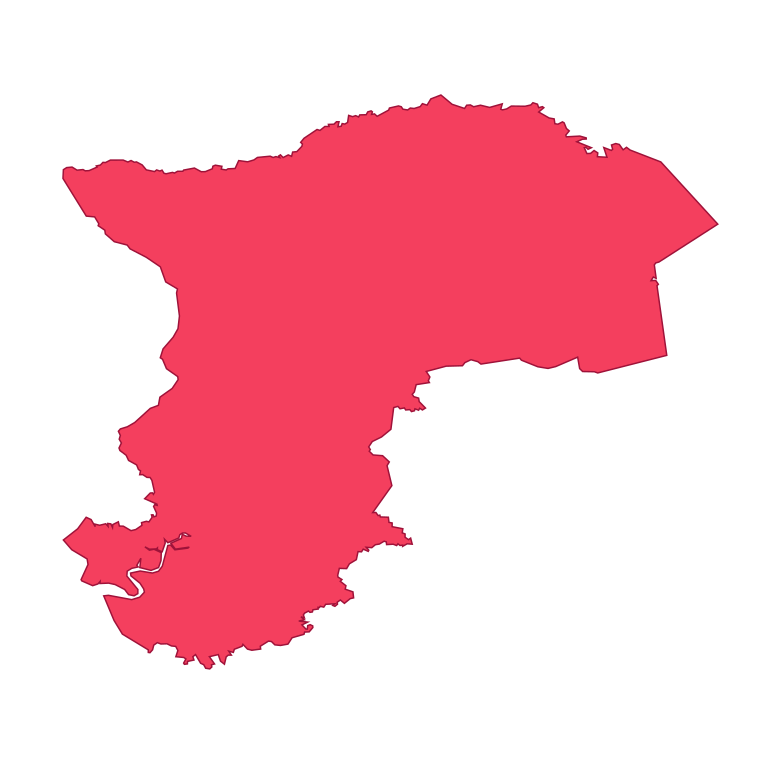 outline of Capira, Panama, rotated 92°
{"feature_id": "35544464B53871457264549", "entity_name": "Capira", "entity_type": "district", "adm_level": 2, "iso_a3": "PAN", "parent_name": "Panama", "parent_adm1": "", "projection": "equal_earth", "projection_center": [-79.949, 8.817], "detail": "fine", "context": "isolated", "style": "filled", "palette": "rose", "viewbox_px": 768, "rotation_deg": 92, "n_neighbors": 0, "source": "geoboundaries", "source_scale": "gbopen_adm2", "svg_char_len": 6164}
<svg xmlns="http://www.w3.org/2000/svg" viewBox="0 0 768 768"><g transform="rotate(92 384 384)"><path d="M189.8,712.0L226.6,687.4L227.1,679.0L233.8,674.6L235.8,675.2L240.0,668.4L243.7,667.7L251.2,658.5L254.1,645.5L257.8,642.5L265.6,626.1L274.7,611.6L289.6,605.7L296.2,593.7L300.3,594.5L323.2,590.8L335.9,591.8L344.7,596.4L356.6,606.0L365.6,608.5L367.0,606.2L376.3,601.9L383.8,590.4L386.8,589.9L395.8,595.5L405.0,607.5L413.2,608.7L416.5,616.7L431.2,631.8L435.7,639.0L438.1,645.9L440.5,647.8L444.6,645.7L448.4,646.7L452.1,644.4L457.2,646.6L459.7,645.6L464.2,639.2L469.3,636.6L473.5,628.4L478.0,626.4L479.3,624.3L483.2,625.0L483.0,621.9L485.6,617.6L485.6,614.5L488.4,612.6L500.2,609.5L502.3,610.6L500.9,611.6L501.1,613.8L507.0,619.2L512.0,606.7L513.2,606.4L512.7,609.0L514.4,610.0L520.9,606.8L523.8,607.0L524.8,609.3L522.8,610.2L522.9,611.8L525.3,611.1L530.0,614.1L529.5,616.7L531.0,621.5L533.7,621.0L538.1,627.0L539.4,631.7L535.2,639.5L535.2,643.5L531.0,644.7L533.9,650.1L536.9,650.3L533.3,652.1L533.0,655.2L535.9,654.8L533.4,657.2L535.1,663.3L534.1,668.1L536.7,667.6L529.7,672.0L527.6,677.0L539.4,685.1L551.1,699.0L560.5,690.3L569.2,674.6L574.7,673.5L590.1,679.9L591.3,679.2L595.7,668.1L593.8,662.9L591.2,660.8L593.3,660.9L592.6,652.3L593.8,645.7L598.4,636.0L603.4,631.9L604.4,626.4L602.1,622.7L598.0,622.8L584.9,634.3L580.0,634.1L577.0,629.6L575.4,623.3L573.8,624.7L566.6,620.9L576.0,621.6L578.4,610.3L575.3,602.9L568.2,600.7L560.3,600.7L557.2,608.1L558.3,612.6L555.1,617.3L557.3,612.5L556.7,605.7L555.7,604.7L557.5,604.7L559.4,599.8L550.5,597.1L546.8,597.9L550.2,594.5L545.0,583.7L541.7,582.8L540.0,580.3L539.8,577.3L542.9,571.4L543.0,576.3L541.3,580.3L545.5,581.1L550.6,591.5L556.3,586.7L553.8,572.9L554.9,574.4L557.0,587.2L552.4,591.7L552.9,594.4L573.8,599.2L579.0,602.8L581.0,608.8L579.4,621.1L581.8,630.7L584.6,630.2L591.6,620.9L597.2,617.0L600.4,616.2L605.6,620.7L608.3,628.6L604.8,652.0L605.5,656.7L629.8,645.5L643.1,636.7L657.9,610.3L660.5,610.2L660.7,608.5L657.7,606.0L653.0,605.0L650.4,601.5L651.6,597.9L651.2,591.8L653.2,587.3L653.5,583.0L657.5,580.7L663.8,582.5L664.3,574.5L665.7,572.4L669.9,574.5L671.1,573.7L670.6,570.7L668.1,570.7L666.5,564.3L663.2,565.5L661.0,562.9L669.5,557.5L670.8,554.4L674.3,552.3L674.8,548.2L672.8,546.2L670.6,546.6L669.7,543.6L662.6,549.0L660.2,540.2L666.7,537.7L669.6,533.7L662.2,532.2L660.4,530.2L660.3,527.1L656.4,529.8L657.5,525.2L654.3,524.3L651.1,516.7L649.1,515.9L653.7,511.2L654.7,506.8L653.2,498.0L650.4,498.5L645.0,490.5L645.3,487.5L648.5,484.0L648.9,478.3L647.3,470.9L640.8,467.0L636.9,455.2L634.7,454.7L634.3,450.1L629.9,446.6L628.2,446.8L627.1,449.4L628.1,451.8L631.6,452.1L631.7,453.4L627.6,457.6L624.6,451.9L623.9,460.9L622.4,455.3L619.6,458.9L620.5,455.4L617.6,456.5L615.8,455.4L613.6,451.6L614.8,450.0L614.3,447.6L612.1,447.1L611.2,441.9L609.5,442.1L609.7,440.7L608.4,440.0L609.1,436.4L606.2,434.6L605.4,425.6L607.1,427.5L607.9,425.3L605.7,422.8L603.8,423.2L601.4,420.1L604.6,415.9L599.7,410.3L598.8,406.9L592.8,407.8L590.4,415.6L586.9,415.0L582.7,420.8L580.9,419.2L578.6,423.2L576.9,423.6L569.8,422.2L569.8,414.9L564.9,412.3L560.5,405.5L552.4,404.1L552.5,400.6L549.8,399.0L551.8,393.9L550.6,393.4L547.8,396.1L548.0,390.5L544.9,387.0L544.1,383.0L541.1,378.4L541.7,376.2L544.4,375.8L543.8,369.3L545.0,365.7L543.2,364.5L544.8,362.4L544.4,359.7L545.6,359.7L542.9,355.3L543.1,350.2L537.1,352.0L538.7,354.1L536.4,357.6L533.1,357.7L532.1,360.6L528.0,360.1L526.3,370.9L522.6,371.0L522.1,374.2L517.0,375.0L517.0,383.0L515.2,383.6L515.7,385.3L512.7,387.6L512.9,390.8L485.3,372.6L465.5,378.1L461.7,376.0L455.7,382.9L455.3,392.4L451.7,396.4L450.0,395.4L447.4,397.1L441.9,393.7L437.0,384.6L429.0,375.5L407.2,373.5L405.9,369.3L408.2,367.1L407.2,362.8L409.2,361.4L408.7,357.3L410.6,355.6L409.7,352.6L407.7,352.2L409.0,348.5L407.0,347.5L408.6,344.7L406.6,341.7L400.4,348.2L396.9,348.9L395.6,353.8L393.3,355.4L390.9,353.4L383.5,351.8L381.0,338.7L379.2,339.8L375.4,338.4L370.0,342.2L364.0,322.5L363.0,306.2L359.8,303.9L356.7,297.9L358.4,291.0L360.7,287.8L353.4,249.3L355.4,247.5L361.4,230.9L362.7,220.6L360.6,213.0L350.4,191.4L361.8,189.0L364.6,185.9L364.4,174.2L365.5,170.8L345.5,102.4L276.2,114.6L274.8,113.3L271.0,116.1L271.4,120.7L267.7,118.6L268.9,115.7L255.5,118.0L253.5,116.6L252.5,113.5L212.6,56.0L152.4,115.1L141.6,146.2L139.0,149.9L141.6,153.2L136.4,157.2L135.6,160.8L137.2,165.0L141.4,163.7L142.6,164.9L140.0,172.6L149.6,169.1L149.4,178.7L145.6,178.4L143.3,182.2L146.3,185.6L146.6,189.3L140.8,192.1L140.3,190.5L142.3,188.3L140.6,185.0L135.2,199.8L132.5,194.4L132.1,190.4L131.0,190.5L129.4,196.9L130.6,210.4L128.9,211.0L124.6,207.7L122.3,210.6L116.7,213.1L115.8,214.8L118.3,219.2L117.9,222.3L113.1,223.2L112.4,228.2L106.8,238.9L102.3,233.9L101.3,235.3L102.4,239.1L99.0,240.4L97.7,245.0L100.0,247.0L101.5,252.7L101.8,266.5L104.8,271.0L105.9,275.2L105.3,276.9L99.9,275.6L103.9,288.1L102.0,297.3L103.8,304.1L102.1,307.4L102.5,311.1L105.8,313.1L102.1,325.7L93.2,337.2L97.4,347.1L103.8,350.7L102.5,355.4L105.5,357.5L107.6,363.5L107.3,367.4L109.3,369.9L108.7,374.7L106.3,376.4L105.6,379.2L108.0,388.2L110.1,388.9L116.7,400.2L114.4,402.9L115.0,405.8L112.4,405.1L111.5,406.4L112.6,409.7L115.5,411.2L115.9,417.6L118.0,418.7L116.8,421.7L117.9,424.7L116.8,428.7L123.9,429.5L125.6,432.3L125.2,434.9L127.9,435.8L128.5,439.0L123.5,438.1L123.6,440.7L126.1,443.1L126.5,448.6L128.5,447.9L128.7,452.1L132.8,456.8L132.0,459.8L141.2,472.5L145.4,475.7L147.0,473.9L149.4,474.4L154.8,479.2L155.4,483.4L159.7,484.3L158.4,487.7L161.2,492.7L158.6,495.5L159.8,497.2L161.4,496.1L160.5,500.0L161.5,502.7L160.3,505.7L162.0,518.4L164.6,521.8L166.7,528.0L165.8,537.0L173.8,540.3L174.4,547.4L175.6,549.2L175.0,554.1L172.1,553.6L171.2,560.2L172.3,562.6L174.9,563.1L178.0,570.0L178.2,574.1L174.8,581.0L177.2,591.7L178.4,592.5L178.6,597.7L180.5,600.8L179.9,602.7L181.5,609.1L181.1,611.2L178.0,613.3L179.0,615.4L178.0,618.7L179.7,620.7L178.3,629.0L173.5,633.3L170.7,639.1L171.1,641.3L169.5,644.6L171.1,647.7L169.3,652.5L169.8,665.3L172.4,670.1L172.3,672.6L175.1,675.1L176.1,679.1L177.2,678.3L181.0,686.1L181.4,690.0L180.2,692.3L181.0,698.2L178.1,703.3L178.8,708.7L181.0,711.9L189.8,712.0Z" fill="#f43f5e" stroke="#9f1239" stroke-width="1.5"/></g></svg>